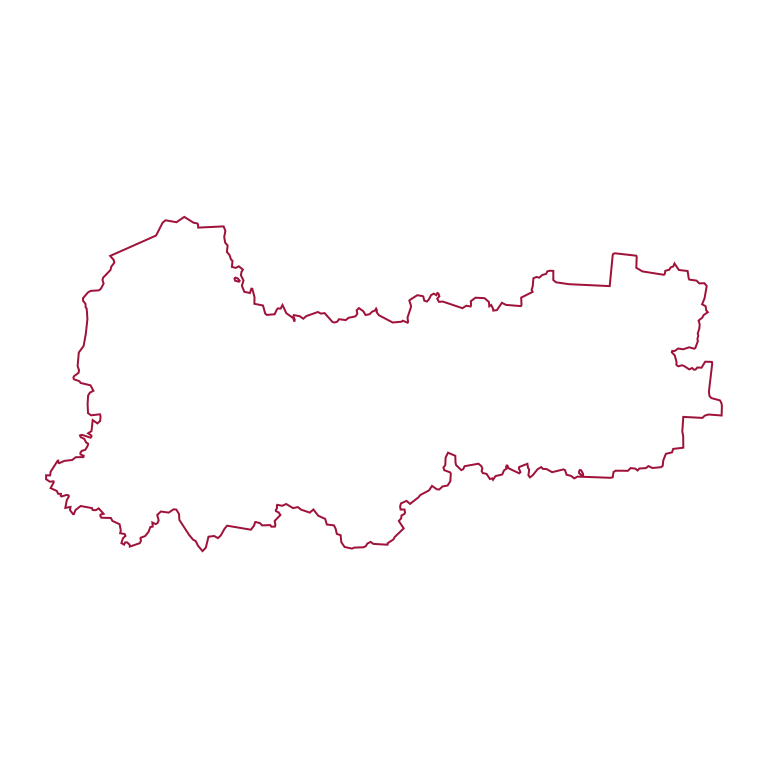 map outline of Vologda (orthographic projection)
{"feature_id": "RUS-2359", "entity_name": "Vologda", "entity_type": "Region", "adm_level": 1, "iso_a3": "RUS", "parent_name": "Russia", "parent_adm1": "", "projection": "orthographic", "projection_center": [40.382, 60.042], "detail": "fine", "context": "isolated", "style": "outline", "palette": "rose", "viewbox_px": 768, "rotation_deg": 0, "n_neighbors": 0, "source": "natural_earth", "source_scale": "10m", "svg_char_len": 6033}
<svg xmlns="http://www.w3.org/2000/svg" viewBox="0 0 768 768"><path d="M223.6,226.4L225.4,230.9L224.2,237.0L225.2,242.7L227.6,245.4L226.9,252.0L229.5,255.0L231.0,259.5L232.5,260.8L231.9,266.9L235.8,267.9L238.8,266.3L242.9,269.6L241.5,271.9L240.9,275.3L243.5,280.4L241.9,285.8L244.3,291.8L249.9,293.0L251.4,288.6L252.3,288.8L254.5,297.1L254.4,303.8L263.0,305.5L265.2,313.5L266.7,314.9L274.6,314.3L276.8,309.6L277.8,308.4L280.6,308.6L282.5,305.0L286.3,313.2L293.3,318.2L294.4,321.7L294.7,319.6L293.4,316.5L293.8,315.1L299.7,316.2L303.3,318.7L306.3,316.1L317.9,312.0L320.9,313.6L324.6,313.1L332.5,322.0L334.5,322.5L337.2,321.7L339.0,319.2L345.8,320.1L348.6,317.8L355.4,316.4L357.3,313.8L356.7,310.2L358.9,308.1L363.4,311.3L365.5,315.0L369.6,314.2L372.2,311.6L374.8,310.7L376.1,308.6L376.8,310.0L376.8,312.5L379.0,315.3L392.7,322.5L401.6,321.7L402.8,320.7L407.6,322.7L408.1,322.0L407.5,317.6L411.0,307.0L410.9,305.3L409.3,300.6L409.9,299.9L417.3,295.2L422.6,296.1L423.3,296.6L424.3,300.7L427.0,301.5L428.8,299.5L431.1,295.1L433.9,293.6L436.3,295.2L437.4,293.0L438.4,293.5L439.4,296.3L437.2,298.7L438.9,301.8L442.9,301.6L462.5,308.2L466.2,305.7L470.6,306.5L471.1,304.9L470.8,301.2L475.5,297.7L484.6,298.2L488.9,302.0L489.3,306.3L491.2,305.0L493.0,308.6L493.3,310.6L496.9,310.1L501.9,302.8L506.0,304.9L520.9,306.1L521.5,304.9L521.2,297.6L532.6,291.9L531.6,289.7L532.7,286.4L533.4,278.3L536.4,277.0L539.4,277.6L542.2,275.0L546.1,273.9L547.4,271.3L550.2,270.7L553.3,270.9L553.3,280.0L556.0,282.3L569.1,284.2L609.7,286.1L612.7,255.2L613.2,253.9L615.0,253.3L636.3,255.7L636.7,257.0L636.3,267.8L642.4,271.4L663.9,274.8L664.8,273.9L665.3,270.8L669.3,269.7L670.7,267.4L673.2,266.5L674.5,263.5L678.9,270.0L687.6,271.0L688.7,278.4L689.3,279.6L696.5,280.6L699.3,283.4L704.4,283.2L706.7,286.0L704.6,298.1L702.1,304.3L705.6,306.2L706.2,310.3L707.8,312.2L703.6,315.1L702.4,317.5L698.6,320.6L699.7,324.5L699.3,328.6L697.7,333.6L698.3,335.6L697.4,339.0L697.9,341.1L695.3,348.0L694.2,348.7L689.2,347.3L683.1,349.3L678.2,348.5L674.5,351.1L672.2,350.9L671.8,352.3L674.8,355.5L676.6,362.4L676.3,364.5L676.9,365.4L678.5,366.3L681.8,365.3L683.9,365.9L689.3,369.4L692.1,368.0L693.8,369.6L695.5,369.6L697.4,367.5L701.5,367.7L705.2,361.7L711.9,361.9L712.2,363.8L708.9,391.7L709.5,396.1L711.4,398.1L720.0,400.4L721.5,403.3L721.9,406.1L721.6,415.5L708.5,414.5L704.8,415.6L702.4,417.9L683.3,416.9L682.3,431.4L683.2,436.2L683.3,447.7L673.2,448.9L672.0,452.4L665.9,453.8L663.3,460.3L662.7,465.9L660.9,467.2L652.4,468.0L648.4,466.1L645.9,468.1L639.4,468.5L637.6,470.5L635.2,468.6L630.6,468.1L627.9,470.8L615.6,470.7L613.5,472.1L612.7,477.3L610.6,477.8L577.5,476.6L574.3,478.4L570.9,475.8L566.6,474.8L565.0,470.1L563.5,469.4L552.1,472.2L546.7,469.1L543.0,468.9L541.2,467.1L537.5,469.3L532.8,475.2L529.9,477.4L528.4,475.2L529.2,469.6L528.0,467.8L527.4,463.8L519.2,467.0L518.9,468.6L520.5,472.1L519.2,473.3L508.8,468.4L507.3,465.5L506.6,465.5L506.1,467.1L506.6,468.6L504.0,470.4L502.2,474.5L495.5,476.1L493.0,479.8L492.2,478.4L489.9,479.0L486.6,473.9L482.7,473.0L481.6,470.9L482.4,468.6L481.4,466.2L478.5,463.7L464.6,466.2L463.2,469.2L461.3,470.1L456.1,465.1L455.5,462.5L455.3,455.8L448.0,452.7L445.6,457.6L445.3,465.1L443.4,467.5L444.3,470.2L450.2,472.4L450.8,473.8L450.3,481.3L447.6,485.5L442.4,486.5L439.3,489.5L436.7,489.2L432.0,485.9L429.0,490.4L420.0,495.2L418.7,497.1L410.1,503.9L406.5,500.9L401.0,503.4L400.1,506.4L400.6,509.5L404.5,509.5L405.0,512.5L404.5,513.9L401.5,515.5L401.2,518.3L398.8,521.0L403.7,528.4L394.9,536.8L393.3,539.5L387.7,543.2L387.5,544.7L373.4,543.9L370.6,541.9L367.3,543.6L365.8,546.2L363.4,547.3L354.3,547.6L352.0,548.6L344.6,547.0L341.3,542.2L340.6,535.2L336.8,533.9L335.7,528.9L334.0,525.4L326.8,524.5L325.2,518.9L318.2,515.7L313.4,509.5L309.8,512.6L301.0,509.6L297.9,507.1L293.0,508.1L286.2,504.0L282.2,505.8L277.2,504.8L276.9,505.5L277.0,508.2L275.8,510.1L275.9,511.1L278.6,512.4L280.4,515.0L274.7,520.9L275.4,525.0L275.0,526.6L271.4,526.7L270.3,525.1L262.0,525.4L260.2,523.3L255.9,522.0L255.1,522.2L254.0,525.7L250.9,529.7L227.1,525.7L224.5,528.8L220.7,535.6L217.9,538.1L214.2,536.0L208.5,536.7L205.8,547.7L202.5,551.1L197.9,545.6L195.8,541.2L192.9,539.5L189.2,535.0L179.4,520.0L179.0,514.0L176.3,509.6L173.6,509.3L168.7,512.6L160.9,511.5L157.2,515.0L158.7,520.3L157.4,523.2L155.5,524.1L152.4,522.5L152.7,526.6L150.3,527.1L148.5,531.9L145.1,536.1L140.7,537.7L140.4,538.3L141.0,540.7L139.7,543.2L129.8,546.6L129.6,544.7L127.2,542.4L125.2,542.4L124.1,544.6L121.4,543.1L122.9,538.3L125.5,535.9L124.6,534.0L120.2,533.2L120.8,530.4L119.6,524.2L112.4,520.9L110.9,518.0L101.4,517.7L100.3,516.0L100.5,514.6L103.6,513.8L98.7,508.4L96.0,510.1L93.7,510.2L92.5,509.8L92.0,508.1L80.7,506.0L75.5,510.0L73.9,514.1L73.1,514.2L70.0,510.1L70.5,506.9L65.3,507.9L66.8,500.1L68.8,496.6L68.7,495.5L66.7,494.9L61.5,496.5L60.7,495.8L60.9,493.9L58.0,493.7L56.9,491.0L50.6,488.1L53.7,482.4L53.5,481.3L49.8,481.7L46.1,479.2L46.1,475.3L50.1,475.4L50.6,471.8L57.6,460.8L58.2,460.6L58.4,462.7L59.1,463.2L64.3,460.9L72.2,460.0L75.8,457.2L83.4,457.1L83.7,455.8L80.5,454.4L80.4,452.7L81.7,450.9L85.3,449.8L87.7,445.8L88.1,443.7L86.0,442.3L84.4,439.0L80.7,437.1L80.0,435.4L81.9,434.8L90.6,437.7L91.5,436.5L91.4,435.5L88.1,433.3L91.5,431.1L92.7,420.1L97.4,423.4L100.1,421.0L100.6,416.2L100.0,414.3L91.1,415.3L88.0,413.1L87.6,404.0L88.1,395.6L89.9,392.6L93.4,390.8L90.5,385.3L80.7,383.0L79.4,381.2L74.0,379.3L73.4,377.8L73.9,376.3L78.6,372.8L79.0,370.1L77.6,366.2L78.8,352.5L83.6,346.0L85.8,334.0L87.4,319.1L86.9,311.2L86.6,308.5L85.6,307.1L85.5,303.9L83.1,300.8L83.0,298.2L88.0,292.4L90.7,290.9L99.1,290.3L100.9,288.7L103.6,283.6L102.5,280.0L103.1,277.7L110.5,270.0L111.3,266.6L114.3,262.7L113.8,260.1L110.2,255.9L156.1,235.5L162.6,222.7L165.5,220.3L176.5,222.2L184.3,216.9L193.5,222.7L197.2,223.4L197.9,224.2L198.2,227.6L223.6,226.4ZM238.9,281.7L239.7,280.8L237.8,278.5L235.5,277.6L234.5,278.4L235.1,280.7L238.9,281.7ZM582.4,475.9L583.1,475.2L583.0,473.7L581.2,470.4L579.9,470.0L579.1,471.2L579.1,473.1L582.4,475.9Z" fill="none" stroke="#9f1239" stroke-width="2"/></svg>